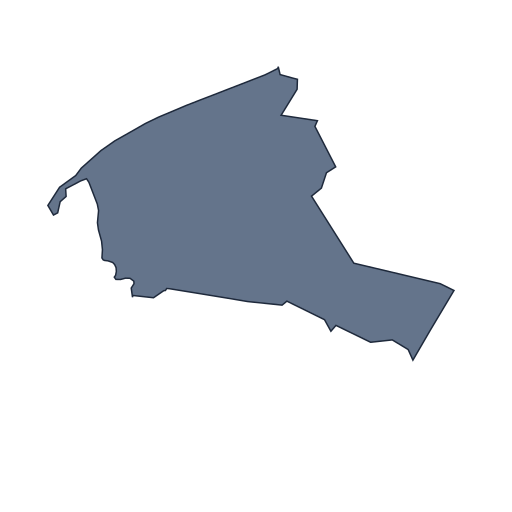 Monmouth, New Jersey, United States of America, rotated 235°
{"feature_id": "52423323B66186032617491", "entity_name": "Monmouth", "entity_type": "district", "adm_level": 2, "iso_a3": "USA", "parent_name": "United States of America", "parent_adm1": "New Jersey", "projection": "mercator", "projection_center": [-74.184, 40.279], "detail": "fine", "context": "isolated", "style": "filled", "palette": "slate", "viewbox_px": 512, "rotation_deg": 235, "n_neighbors": 0, "source": "geoboundaries", "source_scale": "gbopen_adm2", "svg_char_len": 1139}
<svg xmlns="http://www.w3.org/2000/svg" viewBox="0 0 512 512"><g transform="rotate(235 256 256)"><path d="M95.3,356.3L114.2,398.4L127.7,391.0L194.0,332.0L273.2,335.8L274.1,348.5L283.8,361.5L283.3,372.4L328.4,378.6L331.6,383.9L356.9,357.3L369.0,385.3L377.0,391.3L380.6,388.2L390.8,379.8L398.3,382.8L397.1,381.4L399.2,367.3L414.2,306.2L415.7,300.2L419.3,285.4L425.7,255.6L428.0,241.3L429.5,225.0L431.3,206.6L431.3,189.6L428.2,163.3L425.3,154.5L425.0,134.6L416.8,114.5L405.7,113.6L405.1,118.3L412.8,126.7L413.7,134.6L420.2,138.6L418.1,155.4L416.5,161.5L412.2,161.4L389.6,155.8L383.5,153.1L374.2,145.2L367.7,141.9L356.7,138.0L349.2,133.8L342.8,128.7L340.5,128.6L339.2,129.4L337.0,131.9L332.9,134.9L330.1,135.3L326.7,134.7L323.4,132.7L320.7,129.9L320.0,127.8L317.2,127.8L314.5,131.5L312.7,136.4L310.0,140.0L305.5,141.5L303.3,140.2L301.3,135.4L293.1,131.2L294.3,132.5L280.6,148.1L280.5,160.6L279.7,162.0L280.6,164.2L278.8,166.4L257.1,188.7L237.3,209.0L223.5,223.0L200.8,249.2L201.3,255.4L164.5,275.6L151.4,274.2L153.3,281.7L119.6,300.4L109.1,319.5L92.1,327.0L80.7,324.8L95.3,356.3Z" fill="#64748b" stroke="#1e293b" stroke-width="1.5"/></g></svg>